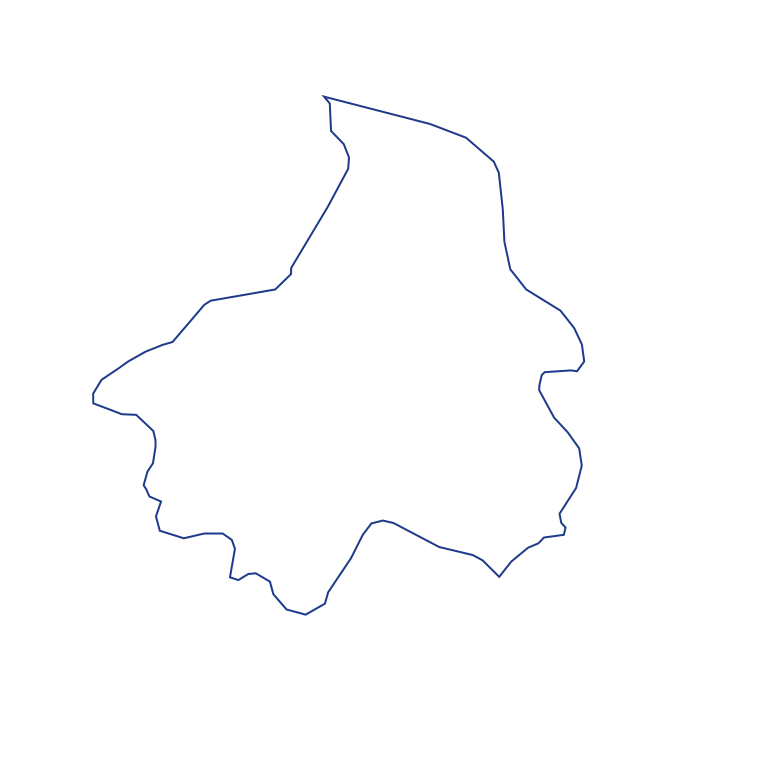 San Juan Tecuaco, Santa Rosa, Guatemala, rotated 35°
{"feature_id": "79465075B56577131945853", "entity_name": "San Juan Tecuaco", "entity_type": "district", "adm_level": 2, "iso_a3": "GTM", "parent_name": "Guatemala", "parent_adm1": "Santa Rosa", "projection": "robinson", "projection_center": [-90.267, 14.073], "detail": "fine", "context": "isolated", "style": "outline", "palette": "blue", "viewbox_px": 768, "rotation_deg": 35, "n_neighbors": 0, "source": "geoboundaries", "source_scale": "gbopen_adm2", "svg_char_len": 1233}
<svg xmlns="http://www.w3.org/2000/svg" viewBox="0 0 768 768"><g transform="rotate(35 384 384)"><path d="M452.1,617.9L461.6,597.8L457.7,586.6L456.9,545.7L453.1,519.6L453.7,505.4L461.4,496.5L471.6,492.4L522.6,485.9L554.9,473.2L565.9,471.9L589.0,475.9L590.1,456.5L595.9,435.5L601.9,425.9L603.1,418.0L617.8,404.4L615.1,397.5L608.9,396.1L602.2,389.6L601.0,359.0L592.8,337.4L580.8,324.8L562.2,318.2L542.7,314.0L514.7,300.1L512.0,295.9L508.1,286.2L508.9,282.1L529.1,265.8L534.8,262.8L535.1,250.7L523.4,238.1L507.7,229.1L486.5,222.7L446.3,225.0L421.7,217.6L401.1,198.5L381.2,172.9L356.9,145.1L346.4,138.9L310.0,135.2L272.6,144.6L170.1,183.0L178.7,185.3L195.5,207.1L213.5,210.6L225.4,218.5L231.2,228.2L236.3,270.9L241.4,342.2L244.8,347.3L240.7,368.9L194.2,415.2L191.4,422.1L186.7,470.8L180.0,479.2L170.1,494.3L161.4,512.5L157.5,523.7L150.2,542.6L151.3,558.8L157.0,566.6L186.6,559.1L198.7,551.4L221.9,554.8L228.8,560.8L232.7,566.2L240.2,581.4L240.5,591.5L245.2,604.8L249.2,606.4L256.4,610.7L268.8,608.2L273.1,623.2L284.5,632.8L308.5,625.2L322.4,609.7L337.7,599.0L348.7,599.0L356.4,604.4L368.7,630.7L377.2,628.1L381.8,617.5L387.5,612.6L403.9,611.3L414.0,619.7L433.5,624.6L452.1,617.9Z" fill="none" stroke="#1e3a8a" stroke-width="2"/></g></svg>